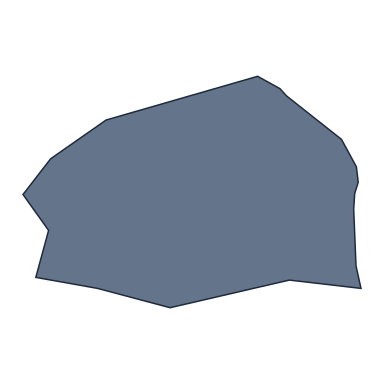 SVG path tracing the border of South Tyneside
{"feature_id": "GBR-5663", "entity_name": "South Tyneside", "entity_type": "Metropolitan Borough", "adm_level": 1, "iso_a3": "GBR", "parent_name": "United Kingdom", "parent_adm1": "", "projection": "robinson", "projection_center": [-1.427, 54.955], "detail": "fine", "context": "isolated", "style": "filled", "palette": "slate", "viewbox_px": 384, "rotation_deg": 0, "n_neighbors": 0, "source": "natural_earth", "source_scale": "10m", "svg_char_len": 351}
<svg xmlns="http://www.w3.org/2000/svg" viewBox="0 0 384 384"><path d="M257.6,76.3L280.0,88.7L286.5,95.9L341.5,139.4L356.4,166.8L358.2,182.3L354.7,193.6L353.7,209.1L356.0,265.8L361.0,288.4L289.2,280.1L170.0,307.7L97.5,288.4L35.8,277.4L48.6,230.4L23.0,194.5L50.7,158.7L106.1,120.0L257.6,76.3Z" fill="#64748b" stroke="#1e293b" stroke-width="1.5"/></svg>